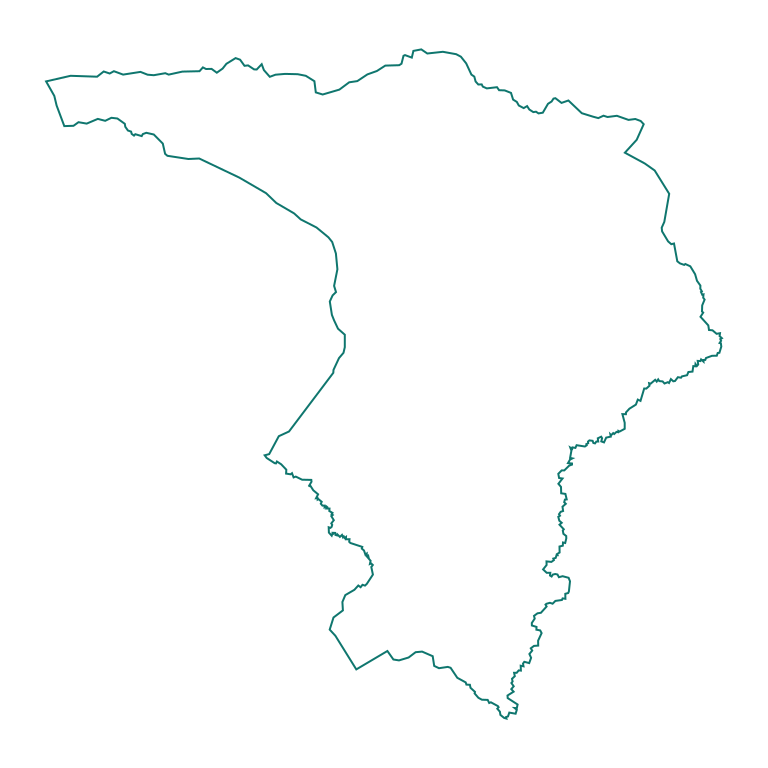 Solwezi, North-Western, Zambia
{"feature_id": "96606910B85168359517007", "entity_name": "Solwezi", "entity_type": "district", "adm_level": 2, "iso_a3": "ZMB", "parent_name": "Zambia", "parent_adm1": "North-Western", "projection": "albers", "projection_center": [26.494, -12.304], "detail": "fine", "context": "isolated", "style": "outline", "palette": "teal", "viewbox_px": 768, "rotation_deg": 0, "n_neighbors": 0, "source": "geoboundaries", "source_scale": "gbopen_adm2", "svg_char_len": 6048}
<svg xmlns="http://www.w3.org/2000/svg" viewBox="0 0 768 768"><path d="M356.3,669.4L387.4,651.0L393.4,659.5L399.0,660.4L408.6,657.5L415.6,652.2L422.1,651.6L432.7,656.2L434.2,665.9L439.0,668.2L447.8,666.9L450.6,667.8L457.3,677.8L465.7,682.4L466.4,684.6L469.9,684.8L470.5,687.8L475.0,691.9L474.6,693.4L478.4,697.8L481.9,699.7L487.7,699.9L489.2,703.0L490.9,702.3L497.9,706.1L498.6,707.2L497.3,708.7L499.9,711.7L500.4,714.9L504.1,717.9L506.4,718.6L506.0,717.1L508.0,716.4L509.3,712.6L515.6,713.7L516.8,709.8L514.6,708.0L516.8,708.1L517.6,704.5L507.7,698.1L507.5,695.5L513.6,691.7L511.3,689.1L513.7,686.3L511.4,683.0L512.6,681.5L512.0,678.8L514.8,676.2L514.1,672.8L516.7,672.8L518.7,670.4L520.9,670.6L520.7,665.7L523.5,666.3L523.0,663.6L524.3,661.8L529.2,663.1L531.1,657.8L529.4,654.0L532.2,650.6L530.8,648.3L534.0,645.9L538.2,645.6L538.1,640.7L541.6,633.1L540.2,630.4L536.4,629.7L536.5,626.9L531.9,625.5L531.8,623.0L534.7,618.6L534.0,615.9L537.5,613.3L540.9,612.8L546.6,606.5L545.5,604.6L546.4,603.8L549.9,602.8L552.6,603.7L555.4,600.9L561.9,600.0L562.6,598.4L565.4,598.8L565.3,593.8L568.2,593.0L568.9,591.4L570.0,581.3L568.6,577.8L562.6,576.2L558.9,577.2L557.5,574.5L555.2,574.0L552.8,574.6L551.6,576.5L550.0,575.5L550.3,572.8L546.7,572.8L543.1,569.4L546.6,565.0L546.5,561.4L551.4,561.9L553.9,560.1L553.3,558.6L555.7,557.9L556.5,555.2L557.5,555.2L557.0,554.1L559.6,552.5L559.5,546.5L562.8,545.7L563.0,542.5L565.2,543.0L566.3,538.3L566.2,536.0L563.4,533.8L562.8,530.5L563.8,529.3L559.5,524.7L561.7,522.8L559.3,520.7L558.3,516.8L560.0,515.7L559.0,514.2L560.7,511.8L563.1,511.0L562.5,506.7L565.8,503.8L564.2,502.2L564.9,499.6L566.7,499.4L565.4,493.9L561.2,493.3L561.0,486.9L558.4,483.8L562.5,478.5L559.1,478.0L558.3,473.8L561.7,470.4L564.3,470.4L569.2,465.6L572.0,464.6L572.0,463.5L568.0,463.1L570.0,459.6L572.4,458.4L570.1,457.9L571.4,450.7L570.3,447.6L572.2,448.8L572.5,447.4L575.4,447.9L576.6,445.2L584.9,446.5L586.7,445.3L586.3,444.2L588.2,443.2L588.0,441.6L589.4,440.4L592.6,440.8L593.4,443.0L595.0,443.4L596.4,441.5L598.2,441.5L597.8,438.3L601.2,436.7L602.1,438.2L601.3,441.4L604.0,442.4L606.2,437.6L610.8,436.6L610.4,434.4L611.2,435.2L613.2,433.1L614.2,434.0L616.5,431.9L618.1,432.2L618.3,430.9L619.5,431.6L624.7,428.8L624.7,422.8L622.4,414.1L625.9,414.2L626.0,412.4L629.4,408.7L635.9,404.6L637.8,399.6L640.5,400.9L644.2,388.5L646.3,388.6L649.5,385.7L649.1,383.2L650.6,383.7L655.2,379.8L656.7,381.6L658.2,379.4L659.3,381.1L662.6,381.4L664.5,383.5L667.8,382.2L669.0,383.0L670.9,379.1L673.3,381.3L675.0,381.0L677.9,377.2L681.0,377.7L681.9,376.4L687.1,375.2L688.4,372.0L692.5,371.6L693.3,366.1L695.3,366.3L695.5,364.0L696.9,366.0L698.2,364.5L697.7,360.9L700.4,361.1L701.1,359.4L703.5,361.6L703.4,360.0L705.3,359.9L706.0,358.0L712.0,355.8L716.8,355.7L717.7,353.0L719.4,352.8L721.3,346.6L720.9,343.4L719.6,343.0L721.1,340.8L720.3,339.1L721.9,338.2L719.6,336.1L720.0,333.2L716.6,333.8L712.5,330.3L709.0,330.0L708.3,325.4L700.5,316.8L703.2,312.6L702.0,311.5L702.2,305.4L704.6,299.6L703.2,297.7L703.5,294.4L702.3,294.8L701.0,292.0L701.9,291.4L700.3,288.7L700.4,285.6L697.0,280.8L695.1,274.2L690.3,266.3L685.3,264.0L684.2,264.9L680.0,263.4L677.3,261.3L674.0,243.5L671.3,244.2L668.1,241.4L662.1,231.4L661.7,227.7L664.3,221.9L669.2,193.8L654.7,170.5L644.8,163.5L624.9,152.7L636.7,139.8L643.7,124.2L640.7,121.0L635.3,119.0L628.5,119.9L616.9,115.8L607.5,117.0L603.5,115.7L598.3,118.1L593.1,116.7L581.8,113.2L568.4,100.5L561.5,102.9L555.4,98.2L553.5,98.6L551.6,101.5L548.0,103.8L542.8,112.7L538.5,113.4L536.0,111.7L533.3,112.1L529.3,109.5L527.1,106.1L523.7,108.1L518.8,105.5L516.8,101.9L513.1,99.6L511.0,92.9L504.7,90.4L499.1,90.2L497.0,87.2L486.8,88.4L482.8,86.6L481.7,84.4L478.3,84.5L475.6,81.5L474.3,76.6L471.4,74.6L466.2,63.4L460.9,56.7L456.2,54.2L442.9,51.8L427.3,53.5L421.3,49.4L413.4,50.9L411.8,57.6L405.0,55.1L403.5,55.8L401.5,63.7L399.2,65.2L385.3,65.6L376.9,71.0L367.4,74.4L357.3,81.1L349.2,82.3L339.4,89.6L322.7,94.5L315.8,92.4L314.4,81.2L305.8,75.8L297.7,74.2L285.1,73.9L275.5,74.7L269.8,76.8L263.9,70.1L261.7,64.2L256.7,69.5L254.1,69.4L248.1,65.4L244.5,65.8L240.1,59.7L235.6,58.1L226.4,63.8L222.6,68.6L216.8,72.7L211.6,68.9L206.0,69.0L202.9,67.4L199.5,71.2L182.4,71.6L168.7,74.6L165.3,73.2L153.8,75.2L147.6,74.7L140.5,71.9L123.1,74.6L113.9,71.2L109.7,73.5L103.7,71.5L97.1,76.7L70.6,75.8L46.1,81.4L54.3,95.9L56.6,105.5L64.3,126.1L73.5,125.8L78.5,122.2L86.7,123.6L97.8,118.9L105.2,120.8L111.4,117.8L117.4,118.5L124.8,123.8L125.3,126.8L127.9,130.5L131.1,131.6L131.7,133.9L134.0,135.6L135.3,134.2L141.7,136.1L142.8,134.1L146.3,132.8L153.8,134.5L162.8,143.6L165.1,153.8L167.4,155.8L188.4,159.0L199.2,158.5L239.3,177.6L266.1,193.2L276.3,203.0L294.1,213.4L300.7,219.4L316.5,227.5L328.4,237.3L332.2,242.0L335.9,253.5L337.4,269.3L334.1,285.9L336.0,292.1L332.6,295.4L329.8,301.5L331.9,314.9L334.1,320.4L338.0,328.7L344.8,334.7L344.8,347.2L343.5,352.8L339.0,358.1L333.5,369.9L333.3,372.8L289.0,431.5L278.8,436.2L269.2,454.1L264.7,455.3L266.7,458.0L274.7,463.2L276.0,463.4L276.9,461.5L281.2,464.3L286.3,469.7L286.1,473.6L290.6,474.3L292.0,473.2L293.6,477.4L295.8,476.6L302.1,479.7L311.3,479.9L311.5,481.7L308.7,486.5L310.2,485.5L313.3,490.3L318.1,494.3L316.1,498.2L317.5,498.0L317.6,499.5L318.3,499.0L321.7,501.8L320.8,503.7L322.4,505.6L324.7,505.6L324.6,507.3L326.3,506.3L327.3,507.2L326.4,508.5L329.5,508.6L329.3,511.0L332.5,512.9L331.6,514.2L332.7,515.0L331.3,516.1L333.8,520.2L331.3,523.4L332.2,524.8L331.6,526.9L330.4,527.9L328.7,527.3L328.9,532.6L331.7,535.7L332.3,534.0L333.0,534.9L332.6,532.8L335.1,532.9L335.4,534.9L337.0,535.4L337.3,534.3L339.9,536.9L342.0,534.9L343.0,537.3L343.8,536.4L344.7,538.0L346.0,537.0L345.9,539.3L349.5,539.2L349.2,541.8L350.4,543.0L362.3,546.9L361.8,548.6L364.0,550.5L365.4,554.6L366.7,553.6L366.6,555.7L368.1,555.4L368.6,557.5L367.7,557.4L370.6,560.8L369.9,564.0L371.2,563.5L372.8,565.0L371.3,567.0L372.9,574.6L366.8,583.9L365.0,585.6L362.5,584.8L360.6,587.2L358.3,585.5L354.4,589.8L345.3,595.1L342.4,602.0L342.9,610.4L333.5,617.5L329.7,629.6L335.4,635.8L356.3,669.4Z" fill="none" stroke="#0f766e" stroke-width="2"/></svg>